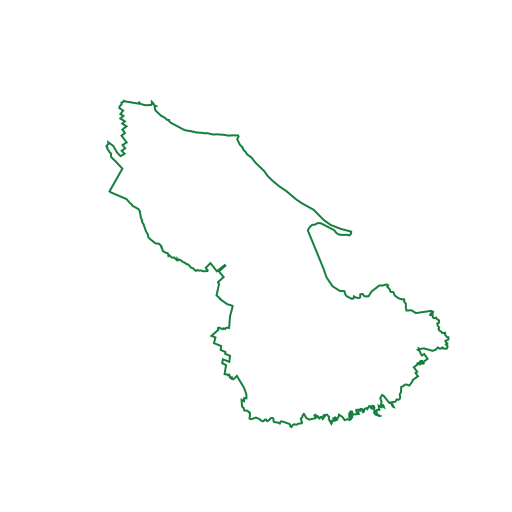 Pajapan, Veracruz, Mexico, rotated 322°
{"feature_id": "50627088B83273722146736", "entity_name": "Pajapan", "entity_type": "district", "adm_level": 2, "iso_a3": "MEX", "parent_name": "Mexico", "parent_adm1": "Veracruz", "projection": "equal_earth", "projection_center": [-94.667, 18.219], "detail": "fine", "context": "isolated", "style": "outline", "palette": "green", "viewbox_px": 512, "rotation_deg": 322, "n_neighbors": 0, "source": "geoboundaries", "source_scale": "gbopen_adm2", "svg_char_len": 6107}
<svg xmlns="http://www.w3.org/2000/svg" viewBox="0 0 512 512"><g transform="rotate(322 256 256)"><path d="M346.0,295.4L339.8,287.3L334.0,277.6L331.5,269.1L329.9,255.2L324.5,242.4L322.6,236.5L319.8,223.3L317.2,215.3L315.4,207.2L314.4,199.7L314.8,194.5L313.1,182.7L313.0,175.3L311.5,170.2L311.9,168.0L311.5,165.4L311.7,163.0L312.3,162.2L311.8,158.5L313.1,152.4L315.8,151.2L316.1,150.0L311.6,146.3L308.6,144.4L305.4,140.8L299.7,135.7L297.1,134.0L292.8,128.7L291.5,128.2L289.8,126.2L284.6,121.5L283.7,119.8L282.2,118.8L282.0,118.0L278.5,114.4L276.8,111.9L270.9,98.6L270.6,96.0L271.1,95.2L269.8,94.2L269.3,91.1L267.6,87.1L266.4,79.6L266.8,78.0L268.2,75.9L269.5,76.3L268.6,74.5L269.1,72.3L268.8,70.4L267.3,72.3L266.3,72.4L261.6,69.1L258.8,65.3L258.2,63.6L259.2,62.5L257.3,63.7L248.2,53.8L247.5,52.3L246.4,52.8L244.4,52.3L243.5,54.1L243.6,53.7L241.2,54.0L239.7,54.7L239.4,55.3L240.8,59.6L236.5,60.7L237.7,64.0L233.7,64.1L235.6,69.2L232.1,69.3L233.8,74.1L228.6,74.1L228.5,78.3L224.1,78.4L224.0,86.9L219.2,86.4L219.2,90.6L214.9,90.4L215.4,94.5L210.7,93.9L210.2,88.8L211.3,81.4L209.6,75.4L208.8,76.8L205.6,77.4L205.7,79.2L205.0,79.7L204.7,80.7L204.8,82.9L204.4,84.5L204.9,86.1L203.2,87.9L202.8,89.4L203.6,94.8L204.5,104.9L180.3,114.9L180.8,116.5L189.0,131.5L189.3,136.9L189.9,138.8L189.5,140.2L192.3,146.8L191.9,149.8L191.3,150.1L190.6,152.1L188.8,154.8L188.2,158.0L187.5,158.4L187.0,160.1L187.1,161.1L184.5,168.8L184.1,172.2L182.7,175.0L183.0,177.7L184.6,184.2L187.1,186.6L187.5,190.2L186.8,190.7L186.9,191.3L186.3,192.2L186.4,193.2L185.6,194.8L186.8,197.7L188.2,199.5L187.0,202.1L188.2,202.1L188.6,205.0L189.1,205.9L190.6,206.7L191.1,210.8L191.7,210.8L192.3,210.0L192.3,211.5L193.5,211.8L193.9,212.5L194.8,215.9L196.0,217.9L196.2,219.6L197.3,220.8L197.7,225.3L198.8,226.9L199.1,229.5L199.6,230.8L201.2,230.9L201.8,232.2L203.7,233.5L205.2,235.7L208.4,237.9L209.0,237.7L209.1,234.4L215.7,233.6L215.8,243.9L225.8,243.9L225.8,244.8L217.3,245.3L217.5,252.7L210.1,253.2L209.7,253.6L209.8,255.2L200.7,262.7L201.5,268.0L201.2,268.1L203.7,276.3L206.7,280.6L206.7,281.3L198.7,287.3L190.5,296.1L190.0,295.3L187.8,294.2L186.5,294.4L186.0,293.1L184.8,293.3L182.7,289.6L181.6,289.4L181.0,290.1L180.9,291.0L171.7,291.5L173.9,295.2L169.2,298.8L173.1,305.5L170.3,308.3L172.8,312.8L171.5,314.1L174.1,318.7L169.8,322.9L166.3,317.0L163.4,319.7L165.2,323.6L158.5,329.8L160.4,331.7L160.4,332.8L161.8,333.0L161.4,335.1L160.6,335.6L161.5,337.6L163.0,336.1L161.3,337.9L162.4,339.3L167.1,338.7L165.4,352.7L163.2,359.1L160.8,362.3L159.1,360.7L157.2,363.0L156.1,360.5L152.7,365.4L152.3,366.2L152.7,368.0L151.6,370.5L153.7,372.3L154.3,374.0L154.1,374.7L154.7,375.5L153.6,377.3L151.1,379.7L150.8,380.2L151.2,381.1L152.0,381.8L156.4,383.2L157.9,385.6L159.2,390.0L160.2,390.8L162.1,390.4L163.2,391.0L163.0,392.7L163.4,393.2L166.3,393.3L167.4,392.8L169.2,393.7L169.5,394.5L169.1,395.7L168.0,397.2L168.2,398.3L170.7,400.7L171.6,402.7L173.3,401.8L174.3,401.9L175.2,403.1L178.9,408.8L178.9,410.1L178.1,411.4L178.7,412.6L180.7,411.8L182.2,412.0L184.3,414.0L185.9,414.1L189.1,416.0L189.8,415.5L190.8,412.3L191.4,411.7L193.1,411.6L194.2,410.6L196.3,409.8L196.6,410.3L195.9,414.3L197.1,417.6L202.8,420.3L203.9,420.3L203.8,417.7L204.8,417.5L206.0,420.5L205.6,422.7L206.0,423.2L206.9,422.6L208.1,422.8L208.5,423.4L208.2,425.5L211.1,424.7L210.5,423.5L211.3,423.1L214.3,424.8L214.5,427.7L212.9,429.4L212.1,434.6L213.3,434.0L214.3,432.5L216.4,434.2L218.2,434.7L216.8,432.6L216.9,431.5L219.2,432.1L219.3,433.9L220.1,434.1L221.7,433.7L223.7,432.1L225.0,436.0L224.8,439.9L227.8,440.9L228.6,442.8L230.1,443.0L230.4,440.1L232.0,438.2L232.9,440.3L232.4,441.3L231.5,441.1L231.8,442.5L232.4,442.5L233.0,441.7L233.7,437.0L235.1,436.8L235.9,437.7L234.8,440.7L239.8,443.7L240.5,441.9L239.2,441.9L239.5,439.9L240.3,439.0L242.2,440.3L242.8,442.1L243.8,441.9L244.3,441.0L245.2,441.8L245.4,443.8L244.2,444.1L244.1,445.0L245.1,445.1L247.2,443.4L249.3,443.8L249.4,445.2L252.8,444.0L253.6,444.9L253.0,447.1L253.7,447.8L255.5,445.7L256.2,446.4L256.4,447.5L255.8,448.6L254.3,449.6L254.6,451.0L254.2,451.6L252.7,451.8L252.5,454.4L254.9,458.3L255.3,458.4L254.3,456.4L254.2,454.5L254.8,453.1L256.6,451.8L258.6,453.1L260.5,449.5L261.9,452.5L263.1,451.7L263.8,453.8L264.4,451.9L262.8,450.2L265.1,448.3L266.3,444.6L269.8,443.2L270.5,444.6L270.6,453.9L272.0,454.4L271.1,458.8L271.6,459.7L272.6,454.6L276.1,456.6L278.5,455.6L279.6,457.0L281.1,457.1L282.6,456.2L283.9,453.7L286.6,452.4L289.8,448.6L291.8,449.2L294.0,449.0L295.4,449.9L297.1,452.5L301.3,451.4L303.4,450.2L309.6,450.5L309.7,446.4L311.7,446.5L311.9,440.8L317.0,441.0L317.1,440.0L317.9,440.1L318.6,440.5L318.4,442.3L319.7,442.6L320.7,442.0L320.6,440.1L321.2,440.0L322.2,441.0L321.2,442.5L321.4,443.8L322.1,443.9L322.5,442.5L327.9,442.7L328.2,436.8L325.5,436.6L325.7,433.9L326.5,431.8L325.8,429.5L326.9,429.7L327.3,429.0L327.7,430.1L331.5,432.2L336.8,439.5L340.0,440.5L342.9,440.0L343.9,442.5L346.7,442.9L346.5,444.1L348.7,446.1L349.6,446.3L351.3,445.3L351.2,442.8L352.7,443.1L353.0,442.7L352.4,441.1L353.0,439.5L355.6,440.3L356.7,439.8L357.6,438.5L356.7,437.6L356.5,436.5L356.8,433.3L357.6,433.3L357.8,432.9L355.3,431.3L355.4,429.6L354.6,427.7L354.9,425.9L356.2,425.4L356.5,422.4L357.3,420.7L359.0,421.3L360.6,419.4L359.8,417.3L360.0,415.4L358.5,415.1L357.7,414.2L357.7,413.0L358.9,411.4L358.8,410.6L357.2,410.3L356.9,409.6L358.4,408.9L360.6,409.6L361.2,409.0L360.3,407.1L346.8,399.4L345.1,394.5L341.0,391.6L342.1,389.2L344.7,385.9L344.6,383.2L346.1,381.6L345.8,380.9L344.4,380.2L342.2,376.8L341.2,373.3L341.0,372.4L341.9,369.3L341.8,368.6L340.2,367.4L340.1,366.4L340.9,364.4L340.5,361.0L342.0,360.5L342.1,359.8L340.9,358.5L337.7,357.3L335.0,355.2L325.4,355.1L319.9,357.0L317.0,355.0L316.6,354.1L316.6,351.7L315.7,350.9L314.4,350.5L312.7,352.7L311.3,352.6L309.1,350.2L308.3,348.1L306.7,349.4L305.2,348.9L302.8,343.8L302.6,341.7L304.0,338.1L300.5,335.0L297.7,327.0L298.4,316.4L301.6,306.9L312.6,267.7L315.7,266.4L318.7,266.1L319.9,266.3L321.1,267.3L325.2,268.2L327.3,270.2L333.5,283.8L333.5,287.1L334.4,289.9L336.4,292.1L340.2,294.9L342.4,297.3L344.6,297.0L346.0,295.4Z" fill="none" stroke="#15803d" stroke-width="2"/></g></svg>